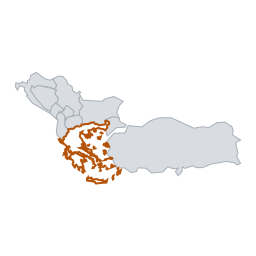 Greece highlighted, Mercator projection
{"feature_id": "GRC", "entity_name": "Greece", "entity_type": "country or territory", "adm_level": 0, "iso_a3": "GRC", "parent_name": "Europe", "parent_adm1": "", "projection": "mercator", "projection_center": [23.941, 38.339], "detail": "fine", "context": "with_neighbors", "style": "outline", "palette": "amber", "viewbox_px": 256, "rotation_deg": 0, "n_neighbors": 9, "source": "natural_earth", "source_scale": "50m", "svg_char_len": 8676}
<svg xmlns="http://www.w3.org/2000/svg" viewBox="0 0 256 256"><path d="M80.5,95.9L82.6,100.1L101.5,101.4L105.1,98.9L113.7,96.5L123.2,101.2L119.4,105.4L116.8,112.4L119.1,118.0L112.9,116.7L105.5,119.8L105.4,124.6L98.9,125.5L93.8,122.1L88.0,124.8L82.6,124.5L82.1,118.1L78.5,114.9L79.7,113.6L78.9,112.4L80.1,109.3L82.9,106.2L79.3,101.9L78.7,98.2L80.5,95.9Z" fill="#d9dde1" stroke="#a8b0b8" stroke-width="1"/><path d="M240.5,163.4L237.0,165.0L234.5,162.7L226.1,161.5L210.8,164.2L202.5,167.6L196.5,167.6L192.7,165.9L184.7,168.4L182.4,166.6L182.0,171.7L178.1,175.6L175.4,171.5L178.2,168.1L173.8,168.9L167.7,166.8L162.7,172.0L151.8,173.0L145.9,168.2L138.1,167.9L136.4,171.6L131.4,172.7L124.4,167.9L116.5,168.1L112.3,159.0L107.0,154.0L110.5,146.8L105.9,142.3L113.9,133.3L125.1,132.9L128.1,125.6L141.9,126.9L150.6,120.6L159.0,117.9L171.0,117.7L194.0,128.2L202.4,126.7L208.7,127.6L217.2,122.6L224.9,122.1L231.9,126.8L233.1,130.2L232.4,134.8L240.6,140.0L235.7,142.6L237.9,153.3L236.5,156.1L240.5,163.4ZM105.5,119.8L112.9,116.7L119.1,118.0L120.0,121.7L126.3,124.8L125.0,127.2L116.4,127.7L107.3,135.8L105.1,129.4L106.8,128.3L109.0,122.3L105.5,119.8Z" fill="#d9dde1" stroke="#a8b0b8" stroke-width="1"/><path d="M68.6,129.2L68.5,131.7L66.1,133.1L65.7,136.2L62.3,140.8L57.0,134.9L56.3,130.3L57.9,120.8L56.2,116.2L59.4,111.3L59.8,113.2L61.8,112.3L65.0,115.9L64.6,122.8L65.6,126.9L68.6,129.2Z" fill="#d9dde1" stroke="#a8b0b8" stroke-width="1"/><path d="M36.4,72.5L44.1,78.3L50.1,80.3L52.8,78.8L56.8,85.7L54.1,89.6L50.8,87.3L39.6,85.7L36.2,86.0L34.6,88.1L32.0,85.7L30.5,90.0L44.4,108.0L50.8,111.7L50.0,113.4L32.4,103.2L26.3,95.8L27.8,95.1L24.5,90.8L24.4,87.4L19.7,85.7L17.5,90.2L15.4,86.7L15.8,83.0L20.8,83.3L22.1,81.6L27.4,83.5L27.4,80.6L29.9,79.5L30.6,75.3L36.4,72.5Z" fill="#d9dde1" stroke="#a8b0b8" stroke-width="1"/><path d="M50.8,111.7L44.4,108.0L35.6,97.9L30.5,90.0L32.0,85.7L34.6,88.1L36.2,86.0L39.6,85.7L56.7,89.5L54.9,94.0L58.4,97.9L57.3,102.6L51.9,106.3L50.8,111.7Z" fill="#d9dde1" stroke="#a8b0b8" stroke-width="1"/><path d="M78.5,114.9L82.1,118.1L82.6,124.5L80.0,126.5L76.1,126.3L73.4,128.4L68.6,129.2L65.6,126.9L64.6,122.8L66.8,117.6L78.5,114.9Z" fill="#d9dde1" stroke="#a8b0b8" stroke-width="1"/><path d="M52.8,78.8L58.3,76.0L62.8,76.5L66.8,80.6L67.6,83.9L72.0,86.3L72.6,90.5L76.8,93.5L79.0,91.2L80.8,92.4L79.2,94.2L80.5,95.9L78.7,98.2L79.3,101.9L82.9,106.2L80.1,109.3L78.9,112.4L79.7,113.6L78.5,114.9L72.7,115.7L74.1,111.4L67.1,105.6L63.1,110.1L63.7,109.3L55.6,103.1L57.3,102.6L58.4,97.9L54.9,94.0L56.7,89.5L54.1,89.6L56.8,85.7L52.8,78.8Z" fill="#d9dde1" stroke="#a8b0b8" stroke-width="1"/><path d="M63.7,109.3L59.8,113.2L59.4,111.3L56.2,116.2L56.7,119.3L50.0,113.4L51.9,106.3L55.6,103.1L63.7,109.3Z" fill="#d9dde1" stroke="#a8b0b8" stroke-width="1"/><path d="M65.5,119.5L65.0,115.9L61.8,112.3L64.8,109.4L65.8,106.1L67.1,105.6L74.1,111.4L72.7,115.7L66.8,117.6L66.4,119.6L65.5,119.5Z" fill="#d9dde1" stroke="#a8b0b8" stroke-width="1"/><path d="M106.1,120.6L108.9,121.9L109.2,123.9L109.0,124.3L107.1,125.4L107.2,127.8L105.5,130.1L104.9,130.3L103.6,129.2L99.2,128.4L98.2,127.8L95.9,129.1L93.6,128.2L90.8,130.4L88.5,130.1L88.3,130.8L89.3,132.1L89.0,132.7L89.2,133.3L90.4,133.4L91.7,134.1L92.7,135.9L91.3,134.6L89.6,133.8L88.2,134.1L88.2,134.5L90.0,136.2L90.2,137.0L89.8,137.6L89.0,137.0L87.8,135.1L86.0,134.7L85.8,135.1L86.1,136.2L87.8,137.6L87.5,138.0L85.8,137.3L85.3,136.4L85.2,135.2L82.2,133.5L81.9,132.6L82.4,131.6L80.3,132.5L80.4,133.8L79.8,136.1L80.0,136.9L81.8,139.1L82.8,141.4L84.6,143.3L85.3,145.0L84.1,145.7L83.8,145.4L84.1,144.2L82.9,143.5L82.4,143.8L81.8,144.2L82.1,145.0L82.7,146.3L83.4,146.3L81.5,147.5L79.8,147.9L83.1,149.0L84.0,149.7L84.8,149.8L85.6,151.0L87.1,151.4L87.9,152.6L90.0,153.3L90.4,154.6L90.6,158.5L90.0,158.8L87.2,155.8L86.6,155.5L84.4,156.2L83.2,157.0L84.0,157.7L84.4,159.3L85.8,159.7L86.5,161.0L84.1,162.0L83.7,161.7L83.7,161.0L83.1,160.6L81.3,159.7L81.0,160.1L81.3,161.4L81.9,162.3L83.4,166.3L83.3,168.2L84.1,170.0L82.8,169.2L81.4,166.9L80.9,166.9L80.1,167.0L79.3,168.9L79.3,170.0L78.8,169.7L78.4,169.4L78.4,167.7L76.3,164.7L75.4,165.1L75.2,166.8L74.9,167.4L73.8,166.2L72.7,164.3L72.7,163.2L73.5,162.2L73.4,161.5L72.6,160.1L70.9,158.9L70.6,157.9L69.4,156.9L70.7,155.6L71.4,154.1L73.3,154.3L74.5,152.8L75.4,152.9L82.4,156.3L82.2,155.4L83.8,155.2L84.3,154.6L83.6,154.1L81.8,153.7L78.8,151.8L78.0,152.6L75.5,152.1L71.9,152.9L70.9,151.4L70.7,152.4L69.8,152.7L69.3,152.3L68.4,149.8L67.6,148.7L66.9,148.4L66.8,147.8L66.9,147.3L67.7,147.2L69.3,147.6L69.6,147.3L69.3,146.3L66.9,146.5L64.6,144.2L63.4,143.6L62.6,141.5L61.3,140.0L62.2,140.4L63.0,140.3L63.5,139.2L64.0,139.1L63.5,137.4L64.2,136.8L66.0,136.1L67.1,133.0L68.1,132.6L68.7,131.3L68.2,129.9L68.2,129.2L70.8,129.0L71.4,128.6L72.7,129.0L74.1,128.2L75.7,126.5L77.1,126.2L79.3,126.6L81.0,126.0L81.4,124.5L84.1,124.6L84.7,124.0L87.6,124.0L90.3,123.3L90.6,122.7L93.9,122.4L94.5,123.5L95.8,124.3L96.3,123.9L97.4,124.2L99.2,125.4L103.1,124.6L104.1,124.7L105.6,124.0L105.7,122.7L105.1,121.2L105.3,120.9L106.1,120.6ZM88.7,177.9L90.3,178.2L90.9,177.6L91.4,177.6L91.6,178.1L91.0,178.5L92.0,178.7L92.2,179.5L92.8,179.7L95.4,179.1L97.5,179.2L98.2,179.8L100.9,180.2L102.7,179.8L102.8,181.6L103.2,181.8L104.9,181.0L105.9,181.0L107.0,180.1L106.4,182.5L105.9,182.7L103.4,182.7L96.0,183.5L95.6,183.3L95.3,182.1L93.5,181.5L87.2,180.6L86.9,179.2L87.1,178.1L87.4,177.9L87.8,178.3L88.3,177.1L88.7,177.9ZM85.2,146.3L86.8,148.4L89.3,149.5L91.1,149.9L91.6,150.9L91.5,151.6L92.2,153.8L92.8,154.4L94.3,154.5L94.4,155.7L93.8,156.1L92.8,155.7L91.7,154.8L91.6,154.0L90.5,152.3L88.4,152.2L87.7,151.8L87.4,150.8L84.8,148.5L83.2,147.8L82.5,148.1L82.0,147.8L84.8,146.3L85.2,146.3ZM107.6,143.5L107.5,144.1L108.8,145.6L108.9,146.3L108.2,145.9L108.6,146.7L107.5,146.9L105.8,146.4L105.4,145.9L106.6,144.8L105.9,144.8L105.2,145.7L104.0,145.3L103.5,144.8L104.0,143.9L105.3,143.8L105.9,143.5L105.9,143.1L107.2,143.0L107.6,143.5ZM118.0,174.6L117.3,174.8L117.1,174.4L117.4,173.4L117.1,172.5L118.5,170.9L120.8,170.1L120.2,172.1L119.6,172.8L119.8,173.4L118.9,173.6L118.0,174.6ZM105.8,153.1L104.7,154.4L103.9,153.6L103.8,153.4L104.6,152.6L103.6,151.2L103.5,150.6L104.8,150.3L105.8,150.9L105.8,153.1ZM65.3,151.5L65.8,153.4L66.3,153.6L67.0,154.6L66.8,155.2L65.6,154.8L65.0,154.9L64.5,153.7L63.8,154.2L64.2,152.8L65.0,152.8L65.3,151.5ZM61.8,142.6L62.0,143.1L60.4,142.3L58.7,139.4L60.1,138.9L60.7,139.4L60.8,139.6L60.1,140.4L60.6,140.8L60.9,142.2L61.8,142.6ZM100.7,136.9L100.0,139.1L99.3,138.9L99.2,138.2L98.8,138.9L97.9,138.6L97.8,137.3L99.1,137.2L99.5,137.7L100.7,136.9ZM110.6,157.6L112.2,158.0L112.3,158.5L110.8,159.1L108.9,158.4L109.3,157.9L110.6,157.6ZM95.8,131.4L94.9,131.8L93.9,131.1L93.9,130.7L94.7,129.7L95.4,129.8L95.9,130.6L95.8,131.4ZM67.7,157.7L68.4,158.5L67.8,158.3L67.2,158.9L65.7,157.2L66.3,156.5L66.7,157.2L67.7,157.7ZM101.4,165.3L100.7,165.6L100.0,164.4L101.2,163.2L101.7,163.6L101.4,165.3ZM97.4,158.1L97.2,158.7L95.4,156.8L95.3,156.2L95.9,156.0L96.4,156.7L97.1,156.7L97.4,158.1ZM113.6,178.6L112.9,179.3L112.4,177.6L113.0,176.4L113.0,175.9L113.5,175.6L113.0,177.3L113.6,178.6ZM66.4,150.0L65.3,150.5L65.5,148.9L66.3,148.1L66.4,150.0ZM83.7,171.8L83.3,172.7L82.5,172.4L82.3,172.0L82.3,171.1L82.6,170.5L83.7,171.8ZM114.4,166.2L111.3,167.5L111.6,167.0L113.5,165.9L114.4,166.2ZM106.1,159.8L104.5,160.2L105.3,159.2L107.2,158.9L106.1,159.8ZM99.4,164.4L98.9,165.1L98.2,164.7L98.5,164.0L99.1,163.6L99.4,163.7L99.4,164.4ZM99.3,159.5L99.0,160.1L98.6,160.0L97.4,158.8L99.3,159.5ZM95.1,148.4L94.1,148.6L94.3,148.2L93.5,147.7L93.7,146.8L94.3,147.2L94.4,147.8L95.1,148.4ZM102.4,133.2L101.6,133.5L100.7,132.7L101.5,132.4L102.4,133.2ZM94.1,167.1L94.0,167.8L92.6,168.1L92.8,167.3L93.3,167.6L94.1,167.1ZM103.6,166.9L102.8,166.9L104.7,165.6L105.1,165.9L103.6,166.9ZM93.1,159.1L92.3,160.2L92.2,159.5L92.5,158.8L92.9,158.8L93.1,159.1ZM100.3,161.2L99.7,161.2L99.7,160.5L100.8,160.7L100.3,161.2ZM108.0,168.7L107.1,169.4L106.6,169.1L106.6,168.6L107.1,168.8L107.4,168.5L107.3,168.3L108.0,168.7ZM112.0,165.4L111.3,165.5L111.4,164.8L111.1,164.2L112.2,165.0L112.0,165.4ZM93.7,161.3L92.9,162.1L93.1,161.5L92.9,161.2L93.3,160.7L93.7,161.3ZM66.7,152.8L66.4,152.9L65.8,151.4L66.3,151.7L66.7,152.8ZM100.4,167.5L100.1,168.1L99.3,167.2L99.6,166.9L100.4,167.5ZM88.6,145.6L88.3,145.9L87.8,145.7L87.3,144.7L88.6,145.6ZM86.9,156.5L86.3,156.8L86.0,156.5L86.5,156.0L86.9,156.5ZM94.0,163.9L93.3,163.8L93.4,163.3L94.0,163.2L94.0,163.9ZM100.9,170.5L100.6,170.9L100.1,170.8L100.4,170.4L100.4,169.7L100.9,170.5ZM95.4,165.7L95.1,165.4L95.1,164.8L95.4,164.8L95.7,165.4L95.4,165.7ZM118.1,168.2L118.0,169.2L117.6,168.5L118.1,168.2ZM90.0,144.1L89.0,145.3L89.4,144.5L90.0,144.1ZM97.0,160.5L97.0,161.4L96.8,161.4L96.8,160.4L97.0,160.5Z" fill="none" stroke="#b45309" stroke-width="2"/></svg>